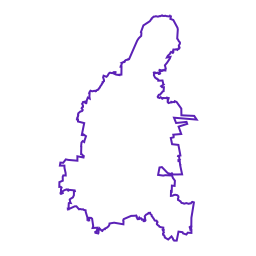 the district of Salamanca, Guanajuato, Mexico
{"feature_id": "50627088B5946964256330", "entity_name": "Salamanca", "entity_type": "district", "adm_level": 2, "iso_a3": "MEX", "parent_name": "Mexico", "parent_adm1": "Guanajuato", "projection": "albers", "projection_center": [-101.157, 20.652], "detail": "fine", "context": "isolated", "style": "outline", "palette": "violet", "viewbox_px": 256, "rotation_deg": 0, "n_neighbors": 0, "source": "geoboundaries", "source_scale": "gbopen_adm2", "svg_char_len": 5798}
<svg xmlns="http://www.w3.org/2000/svg" viewBox="0 0 256 256"><path d="M59.3,186.9L60.7,186.8L61.6,187.5L61.0,189.1L61.0,191.6L60.5,193.1L60.6,193.6L61.0,193.9L62.8,193.1L62.4,192.0L62.9,191.1L64.4,190.2L66.5,189.4L67.3,189.9L67.6,189.5L67.9,189.4L68.4,190.6L69.5,189.9L74.7,190.4L74.9,191.2L73.9,191.4L73.9,195.2L72.9,197.4L70.2,199.0L69.7,199.6L70.2,202.0L70.7,203.0L69.4,202.8L68.8,203.1L68.6,206.5L68.8,207.7L68.6,207.7L68.1,208.5L68.7,208.6L68.6,209.1L68.0,208.9L68.1,209.4L74.8,206.3L76.4,206.3L79.0,209.3L80.0,209.0L81.7,209.4L83.1,209.3L83.5,209.8L85.6,210.3L85.7,211.9L87.4,217.5L87.5,219.8L88.6,219.6L88.6,220.5L89.2,220.4L89.2,217.8L91.1,217.9L92.1,218.7L93.2,226.1L92.6,228.0L97.2,227.7L97.4,229.6L97.1,229.7L96.7,231.1L95.2,232.0L95.4,232.8L98.0,233.4L98.0,233.0L98.5,232.8L98.5,231.4L99.3,228.2L101.7,230.7L102.3,230.9L102.5,230.2L104.7,228.9L105.0,229.0L105.2,228.4L106.7,227.8L108.5,226.3L109.4,224.7L109.5,223.5L114.1,222.7L123.4,224.3L123.5,221.3L123.3,221.2L123.2,220.3L123.7,219.1L131.1,215.9L135.8,215.7L136.1,215.5L136.8,216.4L136.7,217.5L137.2,218.0L137.3,218.7L137.8,219.2L138.4,219.1L139.2,217.7L139.8,218.8L140.9,218.2L141.7,218.9L141.9,219.7L143.2,219.5L143.6,219.7L143.7,220.0L143.5,220.6L143.6,221.1L144.7,221.1L145.2,220.8L145.5,220.2L145.0,218.7L145.1,217.9L144.7,216.6L144.8,216.2L146.0,214.7L148.2,213.6L148.5,212.9L150.1,212.8L150.2,213.8L151.7,215.1L151.7,216.1L152.6,217.0L152.9,217.7L153.5,218.3L154.7,220.5L155.3,220.7L156.5,220.7L156.9,221.5L157.3,221.6L157.5,222.2L157.1,222.6L156.8,223.8L156.9,224.3L157.4,224.5L157.8,225.2L158.9,225.8L159.4,226.7L161.3,227.3L163.3,227.6L163.3,229.1L162.6,229.8L162.9,230.3L163.7,230.3L163.4,231.4L163.9,232.4L163.6,232.9L163.3,233.0L163.0,233.5L163.1,234.8L164.1,235.3L164.3,236.0L164.7,236.3L164.8,237.5L168.2,239.5L171.5,236.4L172.9,238.5L173.2,239.6L174.1,240.3L174.2,240.6L176.7,240.6L178.5,231.6L182.5,232.2L183.1,233.4L186.4,234.5L187.7,232.7L191.4,232.9L191.4,229.8L190.4,229.8L190.3,228.7L191.1,228.5L191.3,227.2L189.9,227.7L189.7,227.1L191.3,226.0L191.4,217.8L193.9,202.4L192.4,201.9L191.9,202.1L190.8,203.4L189.8,203.4L188.8,203.8L186.3,203.1L184.1,203.7L183.5,203.3L181.5,202.9L180.4,201.2L179.8,201.1L178.7,200.1L178.1,200.0L177.9,198.8L178.5,197.2L178.3,196.2L177.3,195.2L175.5,194.8L174.1,194.9L172.6,195.7L170.9,195.9L171.0,191.2L171.7,191.5L171.9,185.6L174.6,185.9L174.9,180.7L172.9,177.9L172.0,175.5L165.3,175.2L163.2,175.6L158.1,174.9L159.5,167.5L161.9,167.1L167.4,172.8L168.0,173.2L171.0,174.0L171.9,173.3L172.2,173.7L172.0,174.5L182.1,174.4L180.2,165.4L180.4,165.0L180.1,164.8L179.7,161.1L178.5,161.1L178.4,160.1L179.4,159.9L179.8,159.6L179.4,159.1L179.0,156.2L178.1,156.1L178.2,155.8L180.4,155.5L178.4,144.9L172.1,144.2L170.8,138.0L173.6,137.3L173.7,136.5L173.3,134.7L181.2,134.0L178.6,126.6L187.2,123.9L186.5,121.9L176.1,123.0L174.0,117.7L196.7,119.6L194.2,115.9L181.4,115.3L181.3,108.6L176.6,102.0L174.8,101.2L174.4,102.1L173.8,102.0L172.2,102.2L171.8,102.0L171.6,102.3L171.1,102.0L170.9,102.4L168.7,103.0L168.5,102.6L167.8,102.4L167.6,101.1L167.9,100.9L167.9,100.3L168.1,99.9L167.8,99.4L168.4,99.0L168.7,98.1L166.8,97.6L166.3,98.1L162.9,98.0L162.5,98.7L161.9,98.5L161.6,97.9L160.7,97.2L159.6,98.0L157.9,97.4L157.7,96.7L158.8,94.8L160.2,94.6L160.8,93.5L161.3,93.3L162.6,91.5L163.6,91.2L163.9,87.2L162.1,87.2L161.1,86.2L163.7,84.5L163.3,84.1L162.5,80.5L158.3,80.7L158.3,79.7L157.8,79.5L157.7,79.2L156.8,78.9L156.6,78.4L156.1,78.4L155.0,77.5L153.9,75.3L154.0,73.3L153.8,72.6L154.1,72.4L154.7,72.8L155.3,72.6L155.8,73.2L157.4,72.7L158.6,73.6L158.8,74.0L159.1,74.0L159.8,73.8L160.1,73.4L159.3,72.4L160.0,71.7L159.4,70.7L159.6,69.9L161.4,70.3L161.3,71.1L162.7,70.8L163.0,70.1L163.7,70.2L164.2,69.8L164.9,70.5L165.4,70.5L165.4,69.5L165.8,68.8L164.9,65.3L167.0,62.8L169.8,58.6L170.4,56.9L166.9,57.5L167.8,55.8L169.7,54.1L170.3,53.2L170.5,52.5L171.1,51.9L172.8,52.9L173.3,52.3L173.4,51.7L173.0,50.9L173.4,49.5L175.1,49.6L176.2,49.2L177.3,49.9L177.7,49.4L178.5,49.1L178.4,48.6L179.1,48.4L179.6,47.8L179.3,46.9L179.0,46.8L178.8,45.5L179.9,43.7L179.9,42.4L178.8,41.2L177.7,39.1L177.2,38.7L177.8,29.5L177.5,27.8L173.3,20.0L170.4,18.9L170.9,16.4L170.1,16.2L169.9,15.9L169.6,16.3L168.7,16.4L166.3,16.1L165.2,15.7L164.2,16.0L162.3,15.8L162.0,15.4L160.2,16.2L159.3,16.1L158.7,16.5L157.5,16.6L155.9,16.2L154.7,16.6L153.7,16.6L151.7,18.4L151.6,19.0L150.9,19.5L150.5,20.4L149.7,21.3L143.4,25.4L140.9,32.2L141.4,32.9L141.2,35.9L138.7,38.3L137.2,40.6L129.1,59.1L128.2,59.1L127.8,59.8L127.2,59.7L125.8,60.1L124.9,60.8L124.8,61.7L124.3,62.1L123.7,62.2L123.7,61.9L121.6,62.9L121.9,63.1L121.9,63.5L121.2,65.4L120.7,66.1L120.6,66.7L121.5,66.6L121.4,74.6L119.4,74.7L119.4,75.1L116.1,74.6L113.7,73.5L113.5,72.9L115.5,72.4L115.5,72.1L113.8,72.1L112.4,73.1L111.1,73.0L110.1,72.7L109.6,72.8L108.8,73.6L107.6,75.7L106.5,76.8L103.6,75.7L103.1,77.4L104.0,80.1L104.0,81.1L102.6,82.1L102.9,82.6L101.8,83.9L101.8,84.4L100.2,86.5L99.8,87.6L98.6,88.7L98.5,89.4L97.8,89.9L96.4,90.3L96.1,91.1L95.4,91.3L94.8,90.9L94.0,90.9L92.2,91.3L90.5,90.7L89.7,91.8L89.2,93.0L89.6,93.1L89.4,96.5L89.7,98.6L87.8,97.6L86.8,100.3L86.3,103.2L86.1,103.3L85.1,102.7L85.5,101.5L82.9,102.1L82.6,103.3L82.1,103.9L82.4,104.2L83.0,105.8L83.0,106.7L82.8,107.2L82.0,107.5L81.6,108.3L82.7,109.9L82.6,110.4L82.0,111.1L80.4,111.5L78.3,113.3L78.0,114.6L78.3,115.1L77.9,116.0L78.0,116.7L77.3,117.5L77.6,118.5L76.9,119.0L76.9,119.5L78.0,119.8L78.0,121.5L84.2,123.1L81.8,135.0L83.0,135.2L83.6,134.5L86.0,136.2L84.5,140.5L84.2,142.0L82.7,141.1L81.5,142.5L81.1,146.5L81.3,146.6L81.1,154.1L81.7,154.2L82.5,154.9L82.6,155.4L83.8,156.1L83.5,157.5L77.4,156.3L77.4,160.7L68.2,159.9L65.8,159.4L63.2,162.8L60.4,162.6L59.9,165.6L64.4,165.6L64.5,168.0L65.6,173.0L65.7,175.5L63.3,175.4L62.7,176.8L62.8,180.7L59.4,182.1L59.3,186.9Z" fill="none" stroke="#5b21b6" stroke-width="2"/></svg>